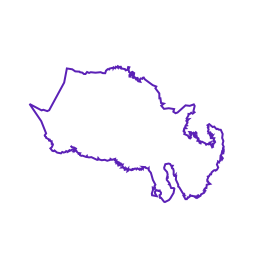 Konawe Selatan, Sulawesi Tenggara, Indonesia, rotated 27°
{"feature_id": "22746128B90195550492320", "entity_name": "Konawe Selatan", "entity_type": "district", "adm_level": 2, "iso_a3": "IDN", "parent_name": "Indonesia", "parent_adm1": "Sulawesi Tenggara", "projection": "orthographic", "projection_center": [122.598, -4.26], "detail": "fine", "context": "isolated", "style": "outline", "palette": "violet", "viewbox_px": 256, "rotation_deg": 27, "n_neighbors": 0, "source": "geoboundaries", "source_scale": "gbopen_adm2", "svg_char_len": 5931}
<svg xmlns="http://www.w3.org/2000/svg" viewBox="0 0 256 256"><g transform="rotate(27 128 128)"><path d="M68.1,181.4L71.0,182.7L72.4,182.3L72.7,181.4L76.0,182.1L79.8,181.0L80.3,179.2L81.8,179.1L83.3,177.7L83.5,175.8L83.7,176.9L85.1,176.2L85.8,174.6L85.2,174.1L85.9,174.3L85.9,175.6L88.2,172.5L89.7,172.3L89.3,171.9L89.1,171.3L89.5,172.0L89.5,171.3L90.5,171.8L90.2,170.4L88.4,170.1L86.7,170.6L85.0,169.9L86.9,170.5L88.8,169.9L91.0,170.0L90.9,171.2L91.6,171.7L92.1,171.6L92.0,170.8L92.2,172.0L94.7,172.9L96.7,172.3L96.5,173.2L96.9,173.0L97.6,174.0L99.0,174.0L100.0,173.3L103.8,172.8L104.1,171.6L104.8,172.4L106.6,171.9L108.6,170.6L115.0,170.4L115.6,169.9L115.2,168.4L116.7,169.1L119.3,168.6L121.7,166.9L124.4,166.6L126.6,164.5L126.4,163.5L128.1,163.7L130.5,161.4L130.9,162.6L132.3,162.0L132.4,163.8L132.9,163.7L133.6,164.8L134.2,164.2L133.6,162.9L135.3,162.8L135.2,164.4L136.4,165.8L137.2,165.0L136.9,164.4L137.4,164.5L136.6,163.2L137.5,162.8L139.0,163.5L139.8,163.0L139.8,164.0L140.8,164.7L140.3,166.1L141.7,165.3L142.9,165.8L143.2,165.1L144.1,166.7L144.9,166.0L144.9,164.9L146.3,165.4L146.5,164.6L147.1,166.6L147.6,165.7L147.0,164.8L148.3,164.1L150.1,164.1L150.9,163.4L150.2,161.8L151.4,162.8L152.6,161.0L153.5,160.6L154.2,161.0L154.7,159.7L157.3,159.9L157.3,158.8L158.6,159.1L158.8,157.2L159.9,157.7L159.5,156.1L158.8,156.0L161.2,155.0L161.7,155.5L164.6,155.0L164.7,154.5L165.7,156.2L168.7,157.5L173.8,163.0L178.2,166.1L178.0,167.7L179.2,169.0L178.6,169.6L179.4,170.1L178.5,170.8L177.7,169.7L177.1,169.8L178.4,171.9L179.0,175.6L180.0,177.0L184.6,175.7L181.5,173.7L180.9,172.1L181.8,170.3L182.6,170.5L184.3,169.5L184.4,170.0L185.0,169.7L186.8,170.7L187.3,172.1L186.6,173.6L188.4,175.7L189.2,175.2L193.5,177.3L194.5,177.2L197.2,173.6L197.7,171.5L198.1,165.2L196.8,160.9L196.1,160.7L193.7,161.9L191.3,159.7L190.2,159.6L190.5,158.9L189.7,158.2L186.1,156.6L185.4,155.3L186.1,154.5L185.7,153.6L185.1,153.8L184.5,151.5L182.8,149.5L179.0,148.0L178.2,146.9L177.7,143.3L180.4,141.2L182.0,141.0L183.5,142.0L184.9,141.4L184.8,143.0L185.6,143.9L186.7,143.8L188.2,145.5L189.7,148.6L190.7,149.5L191.5,149.3L191.3,149.0L191.5,148.4L191.7,149.3L192.6,148.7L194.0,152.2L198.5,155.7L199.3,157.4L200.5,157.5L206.2,161.1L207.6,161.5L208.4,160.6L207.9,162.5L208.8,162.6L208.2,163.1L211.5,165.3L212.7,164.7L212.8,162.7L213.4,162.7L214.7,159.8L213.9,160.1L213.9,159.6L215.0,159.8L219.2,158.3L218.9,159.1L220.3,159.3L220.6,156.9L221.0,157.0L221.6,155.2L221.1,157.8L221.6,158.4L223.4,155.4L223.2,154.0L225.2,151.2L225.3,150.1L224.3,149.7L225.2,148.7L223.8,148.1L224.3,146.2L225.1,145.9L223.9,142.8L226.6,140.5L224.0,139.9L223.7,139.3L222.9,139.5L222.1,138.2L221.9,135.5L221.2,135.0L222.1,134.0L222.2,131.9L223.1,131.5L222.6,129.7L223.7,126.9L224.7,126.0L225.4,126.2L226.2,124.7L226.3,122.2L223.8,120.2L223.6,117.6L224.4,117.4L224.0,117.0L224.6,117.0L224.9,115.1L223.0,110.5L223.3,109.1L222.3,105.4L222.6,104.2L221.7,102.8L221.9,101.4L219.6,99.5L218.9,96.3L216.4,94.1L215.1,90.4L211.5,87.5L209.4,88.3L208.3,88.0L207.3,88.8L204.2,87.6L203.0,88.7L198.6,87.7L197.6,89.5L199.3,90.4L198.9,91.3L200.5,92.7L200.8,94.7L201.7,94.9L201.9,95.8L202.5,95.2L203.9,95.6L203.9,94.9L205.3,95.9L205.6,95.6L206.0,96.4L205.1,97.5L205.6,98.2L206.9,96.4L206.8,99.2L209.5,97.9L210.0,100.8L211.2,100.3L212.0,101.0L211.3,103.4L210.0,103.2L211.6,104.3L211.5,105.6L212.3,106.2L211.8,107.0L209.7,105.3L208.6,105.3L208.2,103.5L207.7,104.4L207.2,104.3L207.1,106.0L205.8,106.3L205.2,107.4L203.9,106.6L200.1,106.6L199.1,107.2L199.7,108.7L199.4,108.8L198.5,108.6L198.8,107.7L198.4,108.1L198.0,107.1L196.6,107.6L196.3,106.6L195.6,107.4L195.1,105.2L193.7,105.1L193.0,104.2L193.0,105.7L191.2,105.6L190.9,106.1L191.7,103.9L191.1,103.9L191.2,104.4L190.9,104.7L190.9,104.2L189.9,104.5L189.4,102.8L188.5,102.5L187.9,103.8L186.0,103.1L184.7,103.7L186.3,104.5L186.1,104.9L186.8,104.8L187.5,106.0L186.9,106.3L187.4,107.5L188.4,108.0L188.2,109.0L187.2,109.2L184.7,107.6L180.9,107.8L180.8,106.3L179.1,105.8L178.9,105.4L178.5,105.8L178.8,105.3L180.2,105.8L178.7,104.4L178.3,102.9L179.8,101.9L178.5,101.5L178.3,100.0L177.7,100.4L179.2,99.1L178.4,98.9L178.6,96.3L177.0,95.3L177.9,94.5L177.9,94.0L177.6,94.7L177.3,94.7L178.1,92.6L176.6,93.6L175.9,93.1L176.2,89.6L175.5,88.0L176.6,87.6L177.4,85.7L179.1,85.9L180.1,83.8L178.7,83.5L177.4,78.1L175.9,77.1L173.0,80.2L169.0,81.7L165.1,91.7L163.7,93.2L161.0,92.9L160.5,90.2L155.3,91.9L151.4,94.6L147.5,93.0L148.9,90.0L146.1,90.7L143.4,86.8L142.5,87.3L140.2,83.0L134.4,80.2L134.4,78.2L130.6,78.6L120.9,77.0L119.1,75.9L118.4,76.5L118.4,77.7L116.8,78.1L116.6,78.8L116.9,80.4L117.9,81.2L115.9,81.7L114.3,81.0L114.7,79.8L113.8,79.1L113.1,79.9L112.5,79.8L112.5,80.7L110.8,79.8L109.9,81.0L109.3,80.9L109.5,79.4L108.3,78.5L109.2,78.2L108.8,77.0L107.3,78.4L107.7,79.4L106.3,80.3L106.7,81.2L106.0,81.5L105.2,80.1L105.8,77.7L107.2,76.1L106.4,76.0L105.0,77.9L103.6,77.7L101.8,75.4L101.6,73.3L100.5,73.6L101.1,76.5L99.7,77.7L98.5,76.9L95.3,77.9L93.8,76.7L92.9,77.3L93.4,77.9L91.4,77.6L91.7,78.6L90.8,78.2L90.7,79.0L89.4,79.0L89.4,80.6L87.7,80.5L87.7,81.2L87.5,80.9L84.5,83.5L84.7,84.3L83.2,84.8L82.4,86.9L82.8,89.5L80.8,90.5L78.3,90.7L73.9,93.5L69.5,95.2L68.3,96.6L66.1,96.7L65.6,99.2L64.1,99.9L62.2,99.4L59.9,100.1L59.2,99.8L55.3,101.5L51.7,101.0L46.5,102.7L50.5,116.5L49.7,147.9L48.4,149.6L44.3,150.2L43.0,151.5L29.4,151.3L47.6,161.3L57.5,170.0L57.1,172.3L57.8,173.0L59.0,173.2L59.4,173.9L63.0,174.1L63.3,175.0L63.9,174.9L64.0,174.2L65.3,174.9L66.0,174.5L67.2,176.6L68.2,175.6L67.9,176.6L68.7,177.0L68.8,179.8L68.1,181.4ZM223.9,105.7L223.4,105.7L223.8,107.0L224.7,108.1L223.9,105.7ZM225.2,111.4L225.6,113.0L226.1,113.4L226.2,111.9L225.2,111.4ZM191.3,101.4L190.3,101.0L189.9,102.2L191.2,101.8L191.3,101.4ZM223.5,104.6L223.3,105.3L223.5,105.4L223.8,105.2L223.5,104.6ZM90.7,173.4L90.8,172.6L90.3,173.5L90.7,173.4ZM204.4,96.2L203.9,96.3L203.7,96.7L204.0,96.9L204.4,96.2ZM208.1,103.1L207.5,103.0L208.1,103.3L208.1,103.1Z" fill="none" stroke="#5b21b6" stroke-width="2"/></g></svg>